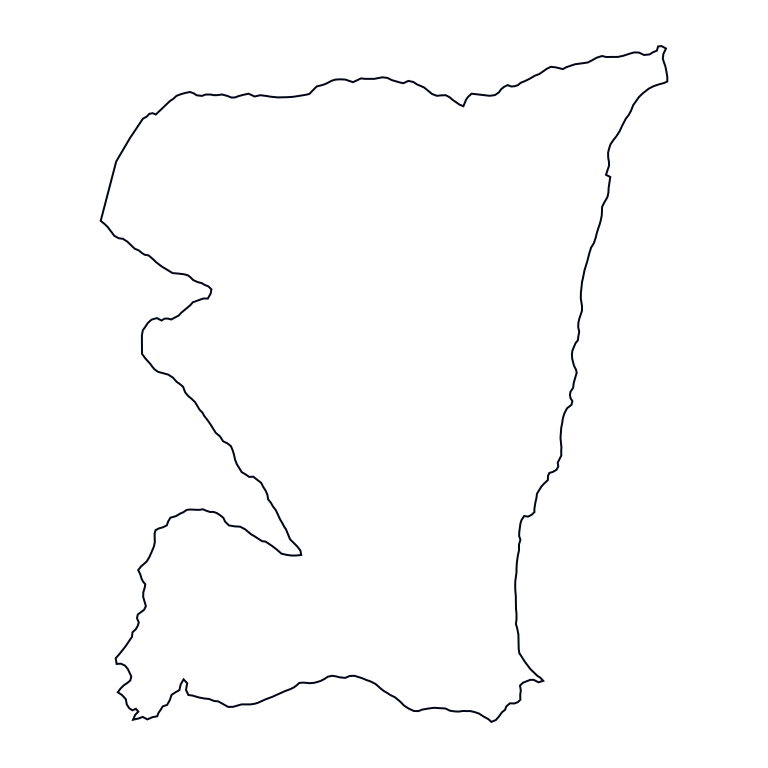 Porto Seguro, Bahia, Brazil (orthographic projection)
{"feature_id": "56859067B83893589630765", "entity_name": "Porto Seguro", "entity_type": "district", "adm_level": 2, "iso_a3": "BRA", "parent_name": "Brazil", "parent_adm1": "Bahia", "projection": "orthographic", "projection_center": [-39.285, -16.636], "detail": "fine", "context": "isolated", "style": "outline", "palette": "ink", "viewbox_px": 768, "rotation_deg": 0, "n_neighbors": 0, "source": "geoboundaries", "source_scale": "gbopen_adm2", "svg_char_len": 6020}
<svg xmlns="http://www.w3.org/2000/svg" viewBox="0 0 768 768"><path d="M100.7,220.9L104.6,224.0L107.7,227.0L114.3,235.8L118.6,238.2L122.9,238.8L127.4,241.7L134.7,248.7L138.9,250.5L141.9,253.0L144.6,254.7L148.6,255.4L152.8,259.0L156.6,262.6L161.9,266.6L172.6,273.1L177.5,273.5L183.7,274.2L187.9,275.3L190.7,277.5L193.1,280.0L197.6,282.1L201.7,283.1L204.7,284.9L208.4,286.4L211.4,289.3L210.7,293.4L207.9,298.5L203.3,298.5L192.8,302.3L190.3,305.2L181.3,312.7L178.6,315.6L171.1,319.5L168.0,318.6L164.7,318.6L161.5,320.5L156.9,318.1L151.6,319.6L147.8,323.0L145.2,327.0L142.8,330.3L141.9,335.5L142.0,353.8L145.3,358.4L150.4,364.0L152.3,366.7L154.6,369.4L158.0,371.8L168.2,374.6L172.9,377.6L176.6,381.8L179.4,383.7L183.1,386.8L185.2,392.4L188.4,396.2L191.6,398.8L195.1,402.2L199.5,409.6L202.5,412.7L204.0,415.6L206.9,419.3L209.7,423.2L215.8,432.9L220.0,436.4L223.1,441.3L227.3,443.3L230.9,446.1L232.7,450.4L233.9,454.4L235.1,459.8L236.9,464.3L241.7,472.1L245.1,474.1L249.2,476.9L253.2,476.7L261.2,482.9L263.3,487.0L265.7,490.8L267.4,494.8L268.1,499.3L270.9,502.8L272.8,506.2L275.9,510.3L280.1,519.4L282.2,522.9L283.9,526.2L286.0,529.4L290.0,539.2L297.2,546.4L300.4,550.5L301.2,555.0L296.2,555.5L291.4,555.5L287.4,555.0L281.5,553.7L276.7,549.5L272.0,545.9L265.6,541.6L262.1,541.2L255.2,536.7L251.1,534.3L245.1,529.3L240.2,526.7L234.1,526.3L228.9,525.4L225.1,521.6L223.4,517.9L220.5,515.5L216.9,513.1L213.5,511.9L210.3,512.0L206.7,510.9L202.9,509.3L198.7,509.9L189.8,509.5L186.5,510.0L183.4,512.2L180.1,513.6L175.8,516.2L170.4,517.7L168.1,521.6L166.9,525.3L162.9,527.3L158.9,528.4L155.5,530.2L154.6,533.7L154.8,542.3L153.9,546.5L151.5,552.3L149.3,557.2L146.6,561.6L141.0,566.5L138.2,570.1L140.2,574.1L141.5,578.6L143.1,581.7L145.3,584.2L144.6,588.1L143.3,592.4L143.2,597.1L145.9,606.1L144.1,609.8L137.8,614.5L137.0,618.2L138.8,622.5L137.6,626.1L135.8,629.2L132.5,632.3L132.0,636.8L125.2,646.8L118.8,654.8L115.7,658.2L116.6,663.9L121.0,663.7L125.1,665.7L127.8,669.0L131.3,676.4L130.3,680.5L127.0,683.2L123.9,685.2L120.4,688.7L117.8,692.3L122.0,695.0L125.8,699.2L126.8,704.5L129.3,708.3L132.4,710.3L135.9,708.8L138.3,711.7L135.2,714.8L133.1,719.7L138.8,718.4L142.7,716.9L147.3,719.4L152.7,717.1L157.2,716.3L158.5,712.9L160.6,709.9L162.7,706.4L167.1,704.9L169.8,700.1L171.6,694.8L175.8,692.1L179.4,690.1L180.7,684.4L183.6,679.4L187.2,683.2L186.0,689.9L188.4,695.0L192.2,695.5L199.1,697.5L203.7,698.4L209.2,699.0L214.1,701.0L218.3,701.4L228.1,706.9L232.9,706.9L241.5,704.4L250.3,704.4L254.5,703.8L257.9,702.8L265.4,699.4L272.4,696.8L285.0,691.1L289.9,689.3L293.9,687.4L296.7,685.3L299.2,683.0L302.7,682.6L305.9,682.8L309.6,683.2L314.2,682.8L317.6,681.9L320.7,680.9L324.2,679.1L327.9,676.7L331.9,675.8L335.7,676.3L339.6,677.3L345.2,677.9L349.6,676.0L354.5,675.8L362.2,678.2L366.1,679.9L370.7,681.5L375.6,684.0L380.8,688.6L383.7,690.9L387.0,692.8L390.3,695.0L395.0,697.3L400.2,701.6L404.1,705.6L408.9,708.7L413.9,711.0L418.4,711.1L422.2,709.6L428.5,708.5L433.9,707.8L445.5,708.5L449.9,710.7L454.7,711.4L458.5,711.6L462.7,711.0L470.4,711.1L474.4,712.0L479.1,713.6L483.5,716.5L488.3,719.1L491.4,721.9L495.9,720.0L499.1,716.3L502.0,712.2L505.1,709.8L506.3,706.4L510.0,703.3L514.2,703.5L517.8,702.2L520.4,699.7L520.2,695.1L520.8,690.3L520.0,685.6L522.8,682.8L530.3,679.8L533.8,679.9L538.5,682.3L543.2,680.8L540.4,677.8L537.1,675.6L530.3,669.0L525.1,662.1L519.3,653.1L518.7,648.9L518.4,634.4L517.1,627.9L515.9,624.0L516.5,619.6L516.5,613.7L516.0,608.8L515.8,595.8L515.3,590.2L515.2,586.2L515.3,581.2L516.5,572.3L516.5,568.7L516.9,562.3L517.8,555.9L519.0,550.3L519.0,544.4L520.4,539.8L519.1,535.9L519.3,531.8L520.4,523.7L521.4,520.3L524.2,516.0L528.0,516.6L531.5,514.9L534.4,512.2L534.4,508.8L535.3,503.0L536.5,497.7L537.0,493.7L541.4,486.5L544.1,483.6L547.9,480.0L548.0,476.0L549.4,472.9L552.7,472.0L556.5,469.8L558.3,466.4L557.7,462.7L561.3,455.5L561.2,451.4L561.4,447.2L560.5,437.9L561.2,428.0L562.1,423.6L562.6,420.0L563.3,416.7L564.6,412.9L567.1,408.2L571.5,404.8L572.4,401.1L570.6,398.4L569.9,394.9L570.6,391.5L573.1,387.9L573.8,382.6L576.7,372.7L575.9,369.4L574.0,365.8L572.2,358.8L571.9,354.6L572.4,350.7L574.3,346.0L575.7,342.9L577.8,340.4L578.4,336.2L579.2,331.7L578.2,327.1L578.4,322.7L579.2,319.1L582.0,310.7L582.0,306.1L580.8,298.5L580.9,292.7L582.1,281.7L582.9,278.4L584.5,270.3L587.3,261.2L589.4,253.0L591.1,247.6L593.9,243.1L595.6,238.0L596.7,233.5L598.1,228.8L599.6,224.6L600.8,220.2L601.8,215.2L602.1,207.0L603.7,203.6L607.5,196.9L608.4,192.7L608.7,187.4L610.3,177.0L606.0,174.8L609.1,165.5L608.9,161.5L608.2,157.7L608.1,152.7L609.0,148.9L610.5,144.3L613.3,140.2L616.3,136.4L619.7,131.1L622.0,126.0L626.0,118.4L628.7,115.0L631.0,110.8L633.2,105.2L638.9,97.1L642.7,93.4L648.7,88.7L653.5,86.2L658.8,84.4L664.0,83.0L667.3,81.5L667.3,76.7L666.1,69.8L665.2,65.7L663.8,62.0L662.8,58.6L663.4,53.9L666.0,48.5L661.6,46.1L658.1,46.4L656.9,50.6L652.7,52.4L649.6,54.4L644.1,55.0L639.0,52.6L634.3,52.4L629.6,53.7L623.2,55.8L618.0,56.9L606.1,57.0L602.1,56.0L596.7,57.7L591.3,60.7L587.7,62.5L574.9,64.3L570.4,65.8L566.4,67.2L562.8,69.1L556.0,67.4L550.9,66.8L546.8,68.8L539.5,73.9L534.9,75.7L529.9,78.6L524.9,81.1L520.7,82.8L518.0,85.1L514.7,86.2L511.3,86.5L507.7,85.1L504.0,86.9L501.0,89.4L498.9,92.4L494.9,95.1L489.7,95.8L471.6,93.7L468.2,96.7L466.2,99.4L463.4,106.2L459.6,104.7L453.0,100.1L449.5,97.2L445.7,95.2L440.6,95.4L436.8,95.8L432.1,94.0L424.0,87.4L417.0,84.4L413.4,82.0L408.3,80.9L403.4,83.2L400.0,82.5L391.8,80.1L387.4,77.9L382.4,77.3L374.0,78.9L365.5,78.9L361.0,78.4L353.0,82.2L345.5,79.6L340.6,79.3L335.4,79.6L331.8,80.7L325.4,84.0L321.7,85.2L316.6,86.5L309.3,94.0L304.6,95.0L293.3,96.8L286.9,97.2L277.9,97.4L270.6,96.7L266.6,96.0L260.3,95.2L254.7,96.5L248.5,93.7L243.1,94.9L238.6,96.1L235.1,97.4L231.6,97.6L227.3,95.9L222.0,94.5L217.5,95.1L214.2,95.2L210.2,94.5L205.8,94.5L201.9,95.9L196.7,95.3L193.7,93.3L190.0,92.0L185.9,92.8L181.4,94.0L176.6,95.8L173.0,99.1L170.2,100.8L155.8,114.5L152.7,113.2L149.4,113.8L146.6,116.7L142.9,118.7L129.9,138.2L116.2,161.5L100.7,220.9Z" fill="none" stroke="#020617" stroke-width="2"/></svg>